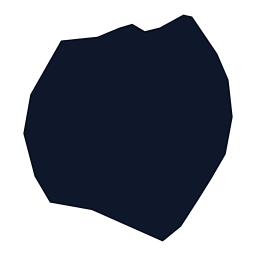 outline of Kasaji, Katanga, Democratic Republic of the Congo
{"feature_id": "63176286B96753486418064", "entity_name": "Kasaji", "entity_type": "district", "adm_level": 2, "iso_a3": "COD", "parent_name": "Democratic Republic of the Congo", "parent_adm1": "Katanga", "projection": "equal_earth", "projection_center": [23.457, -10.361], "detail": "fine", "context": "isolated", "style": "filled", "palette": "ink", "viewbox_px": 256, "rotation_deg": 0, "n_neighbors": 0, "source": "geoboundaries", "source_scale": "gbopen_adm2", "svg_char_len": 389}
<svg xmlns="http://www.w3.org/2000/svg" viewBox="0 0 256 256"><path d="M183.4,15.4L159.9,28.3L144.6,32.0L132.2,24.6L119.7,28.3L97.5,37.5L61.5,41.2L31.0,94.8L24.1,133.5L35.2,176.0L50.4,201.9L92.0,209.3L125.2,224.0L162.6,240.6L180.6,225.9L197.3,200.0L211.1,177.9L225.0,153.9L231.9,116.9L227.8,80.0L216.7,54.1L191.7,17.2L183.4,15.4Z" fill="#0f172a" stroke="#020617" stroke-width="1.5"/></svg>